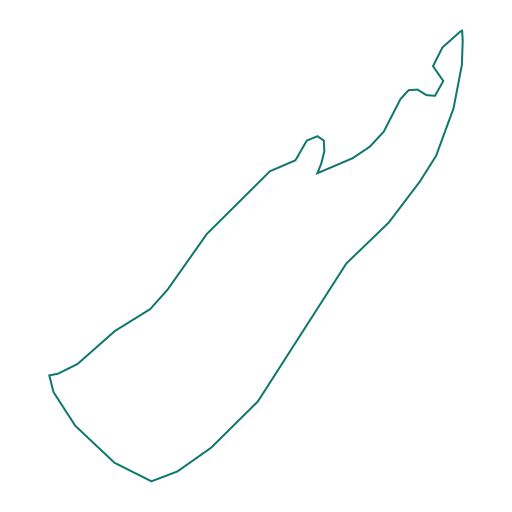 the border of Nelson City
{"feature_id": "NZL-3402", "entity_name": "Nelson City", "entity_type": "Unitary Authority", "adm_level": 1, "iso_a3": "NZL", "parent_name": "New Zealand", "parent_adm1": "", "projection": "orthographic", "projection_center": [173.429, -41.222], "detail": "fine", "context": "isolated", "style": "outline", "palette": "teal", "viewbox_px": 512, "rotation_deg": 0, "n_neighbors": 0, "source": "natural_earth", "source_scale": "10m", "svg_char_len": 625}
<svg xmlns="http://www.w3.org/2000/svg" viewBox="0 0 512 512"><path d="M49.3,375.4L58.0,373.7L77.5,364.0L115.0,330.9L150.2,309.1L167.6,289.6L206.8,234.0L270.0,171.2L295.4,160.3L306.8,140.6L317.5,136.2L323.8,140.6L324.3,151.2L321.3,163.5L317.4,173.2L352.6,158.2L369.9,146.6L383.8,131.6L400.4,99.2L408.6,90.2L417.6,89.6L426.3,95.1L435.0,95.8L443.3,81.0L433.0,66.2L442.4,47.5L460.2,31.6L462.1,30.7L462.7,40.5L461.9,64.8L453.5,108.5L436.1,155.8L419.8,181.6L388.7,222.6L346.4,263.4L257.9,401.4L211.1,447.7L177.5,471.4L151.4,481.3L114.4,462.7L75.2,425.7L53.5,392.1L49.3,375.4Z" fill="none" stroke="#0f766e" stroke-width="2"/></svg>